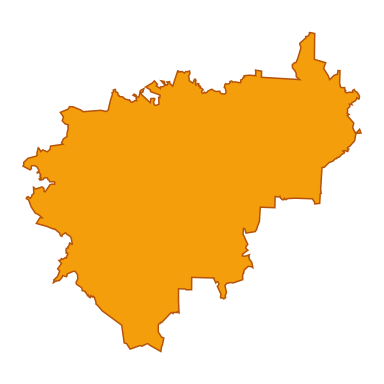 outline of Vestienas pag., Madona, Latvia
{"feature_id": "27541924B49336573653251", "entity_name": "Vestienas pag.", "entity_type": "district", "adm_level": 2, "iso_a3": "LVA", "parent_name": "Latvia", "parent_adm1": "Madona", "projection": "mercator", "projection_center": [25.839, 56.863], "detail": "fine", "context": "isolated", "style": "filled", "palette": "amber", "viewbox_px": 384, "rotation_deg": 0, "n_neighbors": 0, "source": "geoboundaries", "source_scale": "gbopen_adm2", "svg_char_len": 5794}
<svg xmlns="http://www.w3.org/2000/svg" viewBox="0 0 384 384"><path d="M160.9,351.5L161.4,347.3L162.4,344.8L163.8,338.0L161.4,337.0L158.3,332.0L158.3,324.6L159.3,323.6L159.9,323.7L160.6,322.4L161.6,322.6L171.3,312.4L173.0,313.6L174.1,312.3L176.9,312.6L177.2,311.7L179.0,312.9L178.5,301.3L178.5,288.8L185.2,289.0L186.3,289.8L191.6,289.7L191.7,277.4L214.0,278.0L213.8,278.6L215.8,283.0L217.1,281.6L218.4,282.4L218.9,284.1L218.6,285.0L217.3,286.3L221.0,294.2L220.5,296.6L220.6,297.9L222.3,297.8L223.8,298.9L225.6,297.7L225.2,295.9L226.5,292.2L224.9,285.7L226.6,283.4L231.1,282.5L232.9,283.0L242.6,279.7L242.9,278.7L242.5,277.5L242.9,274.0L243.9,272.9L243.6,272.4L244.4,269.9L248.1,266.4L251.6,266.7L252.8,267.6L252.0,263.1L250.6,260.5L249.3,259.4L249.2,257.8L248.7,257.1L249.1,256.3L248.7,256.0L249.3,254.8L245.6,256.1L242.6,256.1L242.5,254.2L247.9,250.2L245.9,248.4L245.9,246.6L247.8,244.5L243.0,233.9L243.5,228.4L244.9,228.9L246.0,233.1L255.2,231.6L256.7,229.3L256.9,228.0L259.4,221.4L260.3,207.2L274.9,207.7L275.1,196.5L278.3,197.0L279.9,196.3L280.4,198.0L282.5,199.8L283.6,199.7L284.5,198.3L285.3,199.6L286.6,199.4L287.2,198.6L295.1,198.2L312.4,198.8L314.7,202.5L314.7,203.9L319.7,203.4L320.2,193.8L321.3,193.3L320.8,192.4L321.0,190.9L320.6,190.3L322.0,167.5L324.2,167.4L329.0,162.6L333.0,161.1L335.3,158.7L336.7,158.6L336.9,157.7L339.4,157.0L341.5,154.6L344.2,153.1L344.4,152.3L342.9,151.1L344.4,150.5L347.7,151.5L348.7,149.0L347.6,149.0L347.5,147.7L350.0,146.0L354.6,140.8L356.0,133.3L361.0,133.0L359.6,129.3L356.9,132.3L355.1,132.7L352.8,128.0L352.8,126.8L353.8,123.2L347.3,115.5L349.1,114.5L347.1,113.2L347.6,111.8L347.4,108.9L349.8,106.6L349.4,104.1L352.0,104.7L351.5,103.9L351.8,102.8L355.2,100.9L356.3,99.5L356.8,97.7L358.5,99.1L359.1,98.8L359.5,96.1L357.0,92.2L355.2,91.3L354.3,89.5L352.7,90.4L352.3,91.8L352.7,92.2L352.3,92.4L348.7,92.2L346.4,93.0L345.0,91.6L345.7,90.5L344.9,90.1L344.7,87.6L342.1,87.7L340.4,86.9L339.6,83.0L340.0,70.7L338.0,70.5L337.4,74.2L334.1,75.3L329.7,79.7L328.2,75.7L323.6,68.4L325.7,62.7L314.4,59.4L314.7,33.5L309.8,32.5L309.3,32.8L309.7,33.8L307.8,36.3L305.7,36.6L305.9,37.8L299.8,43.3L299.8,44.4L300.8,46.9L300.6,49.0L297.8,58.3L296.0,62.5L294.1,63.0L292.3,64.8L292.5,67.9L294.6,70.3L296.1,73.0L296.3,76.7L299.7,79.6L261.4,77.3L261.6,71.2L255.5,70.1L255.9,73.2L255.3,75.2L255.7,75.7L248.9,75.2L244.5,75.7L244.8,76.0L244.2,76.4L244.1,77.2L243.3,77.4L242.1,79.5L240.7,80.0L240.9,82.0L240.3,82.8L235.4,81.9L232.8,82.1L231.7,81.0L230.0,81.5L230.3,82.1L229.4,83.6L227.0,84.1L225.8,83.6L225.0,84.4L224.3,87.5L225.2,88.0L226.1,92.0L225.7,93.2L224.5,94.1L221.5,93.7L220.2,92.6L219.8,91.2L216.4,91.5L214.3,91.0L211.9,89.2L208.1,90.9L206.7,92.5L205.6,93.0L204.6,92.2L203.1,93.4L202.3,93.2L201.6,92.0L201.8,91.0L202.8,90.5L203.0,89.6L201.5,88.2L200.0,87.8L200.5,86.9L199.9,85.9L198.6,86.0L198.9,84.0L197.9,83.5L195.8,85.0L195.4,83.3L195.9,82.3L195.5,81.3L196.0,80.6L195.4,79.2L194.4,79.3L193.6,81.6L192.6,83.0L189.2,80.7L189.1,78.0L188.5,76.3L190.0,73.4L189.5,70.9L187.6,71.8L185.8,71.5L184.4,73.0L182.0,71.5L178.8,72.0L178.7,71.1L177.7,70.9L172.7,86.2L169.8,83.3L169.6,81.6L166.9,82.0L168.1,83.8L166.9,85.2L164.6,83.7L164.4,81.5L161.2,80.9L165.1,85.3L163.2,86.5L160.4,87.0L160.3,88.5L156.2,85.9L157.5,84.4L154.4,80.9L152.3,83.0L145.7,86.9L150.5,90.0L150.5,91.6L160.1,95.1L159.8,97.7L158.6,97.4L159.0,104.1L156.1,105.4L154.4,105.0L153.5,102.1L154.9,99.1L154.2,98.4L150.9,98.6L150.2,102.7L141.7,94.7L140.7,92.8L142.8,92.2L143.9,88.6L140.3,90.6L139.1,96.4L137.8,97.3L137.2,97.5L136.0,95.2L134.0,94.1L133.0,95.2L136.7,97.3L136.1,98.5L136.7,100.7L134.9,100.6L131.9,102.4L130.5,101.8L130.5,101.2L129.4,99.9L129.2,100.3L124.7,98.8L122.8,96.9L119.1,96.4L118.9,95.2L118.2,95.1L117.6,92.5L115.7,91.9L115.4,89.5L114.5,89.5L113.3,90.0L113.6,91.6L112.0,92.8L112.5,94.0L110.3,100.9L108.2,110.1L106.3,111.5L100.8,110.3L83.2,111.7L80.8,110.0L73.1,106.8L69.5,106.6L68.3,109.0L60.3,112.4L63.5,117.0L62.2,120.7L65.1,123.9L68.3,124.8L67.8,126.8L68.5,127.9L68.0,128.8L66.9,134.4L67.1,136.5L63.5,138.8L61.5,142.9L63.0,144.3L50.5,146.1L50.0,149.4L47.3,151.8L42.7,149.9L40.8,151.6L39.1,148.5L38.2,147.8L36.8,153.8L37.3,154.9L36.6,156.0L28.0,158.3L23.7,162.4L23.7,165.1L23.0,166.1L30.2,169.9L31.4,168.6L31.2,166.5L32.2,165.6L34.5,165.7L36.8,166.7L39.0,170.3L38.9,171.0L37.2,172.3L37.3,173.0L38.9,172.1L40.6,174.4L40.1,175.0L40.6,175.4L40.5,176.2L39.9,176.8L41.1,177.6L41.1,178.5L39.2,178.9L40.1,180.2L43.1,179.5L44.5,177.8L46.9,177.8L47.5,178.1L48.0,179.6L48.9,180.1L49.9,181.9L53.4,181.6L54.7,182.1L54.6,184.3L51.7,184.1L49.9,184.9L45.2,191.8L44.1,191.5L43.9,188.3L42.0,186.9L35.7,189.0L33.5,187.3L33.8,193.5L31.9,195.0L31.8,196.4L30.2,198.3L28.1,196.6L26.8,197.2L26.3,198.6L28.6,199.9L31.2,206.9L35.1,212.9L39.0,215.0L42.1,217.7L39.8,217.9L36.3,223.5L46.3,226.2L53.8,229.2L54.6,228.9L59.6,233.1L60.5,235.6L61.9,236.4L62.4,234.7L65.6,232.7L66.6,234.1L69.9,236.1L71.1,237.6L72.3,244.2L71.5,244.3L69.7,242.9L68.8,246.0L67.9,246.8L68.2,247.9L66.3,248.4L65.9,250.6L66.2,251.4L66.2,253.1L67.6,252.9L67.6,254.8L66.6,256.2L66.5,257.9L65.2,257.7L62.5,259.3L61.4,258.6L60.6,260.0L58.9,260.4L61.5,263.4L57.6,268.9L59.7,270.9L57.6,276.3L53.8,280.0L54.1,280.4L53.4,282.7L54.1,282.3L54.3,280.8L55.7,281.5L57.8,280.5L59.1,280.8L62.1,277.4L62.7,275.6L66.4,276.7L67.0,276.0L67.1,274.0L73.1,271.4L75.2,271.4L77.5,274.6L77.8,278.9L76.0,282.5L76.6,284.3L81.2,287.4L82.0,288.5L82.2,290.7L84.8,291.1L85.4,292.3L86.3,292.8L86.3,293.8L87.3,294.6L87.4,295.3L87.9,295.1L87.7,295.8L89.2,296.3L89.3,297.3L90.3,297.6L90.5,295.9L90.8,295.7L90.9,296.6L91.4,296.3L92.8,297.1L93.2,296.3L94.3,297.0L96.0,302.3L96.0,304.1L98.1,305.9L102.0,310.7L121.7,325.2L124.2,342.9L126.6,343.6L130.1,349.1L140.2,345.5L141.9,346.2L147.1,343.7L148.2,343.8L149.4,345.0L160.9,351.5Z" fill="#f59e0b" stroke="#b45309" stroke-width="1.5"/></svg>